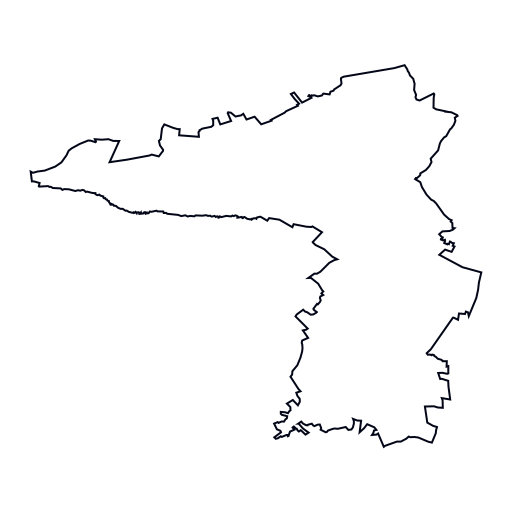 Sarmasag, Salaj, Romania
{"feature_id": "2599482B62977732214106", "entity_name": "Sarmasag", "entity_type": "district", "adm_level": 2, "iso_a3": "ROU", "parent_name": "Romania", "parent_adm1": "Salaj", "projection": "robinson", "projection_center": [22.809, 47.327], "detail": "fine", "context": "isolated", "style": "outline", "palette": "ink", "viewbox_px": 512, "rotation_deg": 0, "n_neighbors": 0, "source": "geoboundaries", "source_scale": "gbopen_adm2", "svg_char_len": 6035}
<svg xmlns="http://www.w3.org/2000/svg" viewBox="0 0 512 512"><path d="M298.9,431.5L300.8,430.2L305.5,434.6L308.6,432.6L303.2,428.7L298.7,423.7L298.2,423.7L301.3,421.6L302.8,423.4L306.0,425.2L307.4,425.3L307.4,424.9L311.8,423.7L313.2,425.5L314.5,426.1L317.5,424.7L319.8,424.5L321.2,428.1L320.6,429.7L325.8,432.3L327.2,431.7L327.9,430.6L332.3,429.0L334.7,428.5L337.8,428.8L345.7,427.0L348.3,429.9L351.4,429.5L352.9,427.4L353.9,423.5L353.8,420.8L353.1,418.9L357.2,420.5L361.1,420.7L359.6,432.3L364.0,428.3L367.2,424.2L374.3,427.3L376.4,429.9L374.0,430.5L373.3,433.0L372.0,435.0L376.5,434.6L378.1,433.5L383.8,446.8L385.1,445.8L396.9,441.6L400.8,441.6L406.3,438.7L408.7,436.6L410.5,437.2L414.3,437.0L418.3,437.5L428.2,441.7L431.9,442.6L435.8,433.2L436.0,430.6L437.0,427.0L433.2,425.9L427.3,422.6L424.9,406.5L434.1,406.3L437.8,407.5L442.8,407.8L442.6,400.3L441.8,398.1L450.2,399.5L448.5,386.8L448.2,380.8L441.8,378.8L440.2,379.0L438.2,373.0L442.3,372.8L447.2,373.8L448.3,373.4L448.3,366.1L446.6,366.6L446.8,361.2L442.6,361.2L442.5,360.6L441.1,359.7L437.7,358.7L435.7,356.7L434.4,356.1L434.0,355.1L432.2,354.6L431.6,355.2L430.3,354.6L427.7,354.7L426.7,353.2L430.8,349.3L452.9,317.7L453.8,317.7L458.0,319.8L459.0,313.5L465.0,314.0L465.9,311.6L468.0,312.4L468.8,316.1L476.3,298.0L478.1,289.7L478.9,282.7L481.3,272.4L462.4,267.2L439.3,254.8L445.1,249.6L451.6,251.9L454.5,246.5L452.7,245.8L453.8,243.2L452.0,242.9L450.5,241.7L449.9,241.5L448.9,244.2L447.4,243.8L447.2,244.3L444.2,243.0L445.1,241.0L444.9,239.8L443.0,240.4L440.9,239.5L441.0,239.0L442.2,238.8L442.8,237.4L441.6,236.9L439.2,234.2L442.4,231.4L449.5,231.0L452.7,229.8L454.5,228.2L452.5,227.9L452.3,223.0L450.7,221.6L451.6,220.2L449.1,219.1L444.1,214.6L436.3,203.6L433.8,201.0L431.1,199.6L426.5,194.6L421.9,187.0L420.3,182.2L415.1,179.1L415.9,178.0L416.9,178.1L419.5,175.9L420.2,175.1L420.3,173.4L425.9,170.0L429.3,166.2L431.5,162.1L430.7,158.7L438.1,150.4L439.9,143.4L441.2,140.9L444.2,137.3L446.2,136.2L450.0,129.4L451.3,128.4L453.9,124.7L455.4,120.8L454.8,117.7L457.6,115.9L457.3,115.2L451.4,112.3L445.8,111.7L446.0,111.4L436.1,109.3L433.5,107.7L433.7,97.6L434.3,94.3L433.7,93.5L419.6,100.5L416.5,99.5L415.5,97.2L416.1,94.9L414.1,90.0L414.6,83.8L413.2,78.7L410.0,75.5L408.9,72.5L407.8,71.2L407.3,69.4L404.6,65.2L394.3,68.1L343.6,76.7L341.2,77.9L340.9,78.7L341.5,83.5L340.6,85.2L334.2,89.4L333.5,90.7L330.5,91.7L329.6,94.4L323.3,93.6L321.9,95.5L317.8,96.4L314.3,95.3L312.2,95.7L311.8,95.3L310.2,96.1L309.3,95.1L308.7,95.3L308.4,96.2L310.9,96.8L311.5,97.8L302.1,102.6L294.1,92.5L290.9,94.0L294.7,99.0L299.1,103.7L297.1,104.8L297.9,105.8L286.1,111.2L284.6,112.7L270.9,119.9L271.5,120.7L261.2,124.3L254.6,116.7L246.5,119.5L243.3,113.8L241.0,115.4L235.5,116.5L230.9,112.7L228.1,112.3L227.7,113.2L231.1,121.0L220.3,124.4L217.6,117.7L212.5,118.9L213.2,120.7L213.2,125.2L211.3,126.8L202.4,128.6L199.5,130.3L199.6,130.9L198.5,132.2L198.9,136.8L179.1,135.3L179.7,129.1L177.5,129.1L173.0,127.8L164.3,124.4L162.0,128.4L160.7,139.2L158.9,140.9L160.0,145.5L163.1,149.8L163.0,150.9L158.8,156.4L151.7,154.6L149.5,155.5L126.8,159.7L109.6,162.2L119.2,141.0L113.2,140.9L108.4,139.2L101.7,139.7L94.9,139.2L96.0,141.6L95.5,142.2L90.8,140.7L88.2,140.5L79.8,143.9L71.7,148.3L68.6,150.8L66.5,155.3L61.4,162.4L55.2,166.6L44.7,170.6L37.7,171.5L32.9,172.8L30.7,171.6L31.9,181.4L33.9,181.4L39.6,183.0L38.8,186.3L39.2,186.6L48.1,186.1L49.4,186.9L50.9,186.8L52.8,188.0L60.7,188.4L62.4,189.9L64.1,189.1L68.9,189.3L75.3,191.0L78.2,190.2L80.1,190.7L82.6,189.9L84.0,190.3L85.8,192.0L87.1,191.6L92.5,193.0L95.3,193.1L95.2,193.8L96.5,194.8L97.6,195.2L99.3,194.6L100.3,195.6L103.3,196.4L103.3,197.4L103.8,198.1L105.2,198.1L105.7,199.2L106.9,199.5L107.3,200.5L108.9,201.1L108.8,201.8L109.7,203.1L111.2,203.8L110.3,204.2L110.5,204.7L113.3,204.7L113.9,205.7L115.9,205.9L118.1,207.8L120.8,208.9L122.7,208.8L125.4,210.7L126.7,210.6L128.7,211.8L132.4,212.8L133.6,212.3L133.9,213.0L134.7,212.8L135.6,211.9L136.7,213.3L137.0,212.5L138.3,212.2L139.3,212.7L139.2,213.8L139.6,213.9L140.9,212.4L141.1,213.7L143.2,213.5L143.8,212.5L145.0,212.1L145.5,212.3L145.0,212.7L145.5,213.7L146.8,212.8L146.9,213.4L148.6,213.2L149.8,211.5L151.4,211.8L156.5,210.7L157.6,211.4L163.3,211.5L163.7,213.0L166.1,212.9L167.3,213.8L178.1,214.9L181.3,216.1L185.3,215.3L187.8,216.5L190.0,215.9L194.4,216.3L195.6,215.4L202.3,215.7L206.1,215.2L208.0,215.9L210.0,215.7L211.7,216.6L214.6,215.9L215.8,217.0L217.1,216.3L218.1,216.6L218.4,217.7L219.4,217.4L219.9,216.4L221.5,217.1L226.1,215.9L231.2,216.4L232.4,215.6L233.7,216.1L235.3,215.4L236.9,215.8L237.5,216.5L237.4,217.3L238.1,217.0L238.2,217.6L241.6,216.9L242.4,218.1L242.9,218.1L243.3,217.3L244.5,217.0L247.2,218.8L250.1,219.4L251.6,218.9L251.8,219.5L253.3,218.4L255.5,218.2L256.4,218.8L257.1,217.4L260.4,216.7L267.3,220.7L269.1,218.1L279.4,219.7L292.4,227.2L293.6,224.2L306.4,226.7L311.4,227.0L312.4,226.4L322.0,232.2L312.7,242.1L313.0,242.6L315.5,245.0L324.3,249.3L332.2,256.6L337.2,259.3L334.3,260.1L329.3,262.8L320.4,271.7L317.0,273.7L314.3,273.7L308.3,278.0L310.9,277.9L318.2,283.7L322.3,290.5L323.3,291.4L321.4,293.4L323.2,295.0L320.3,296.5L319.9,298.0L320.7,300.3L319.9,302.0L317.8,304.4L317.0,303.9L313.4,308.8L313.8,309.8L316.8,312.1L316.2,312.7L313.4,314.4L310.7,314.7L307.3,312.3L305.1,311.6L303.2,309.7L296.7,314.5L295.5,316.4L307.7,328.6L306.1,329.7L302.9,330.4L308.1,337.9L302.2,340.5L301.7,342.7L302.3,344.7L302.5,348.4L302.1,351.7L300.4,357.8L297.3,365.3L292.4,371.2L292.1,374.6L290.5,376.7L298.3,388.8L300.5,391.3L296.3,392.7L297.4,395.9L299.7,398.8L299.8,401.8L297.9,405.3L292.8,400.0L286.9,403.6L290.3,407.0L290.5,410.3L289.1,411.4L288.0,413.2L285.2,412.3L280.8,411.9L280.8,413.7L281.8,414.8L287.2,416.2L286.8,418.4L285.4,419.4L284.0,421.6L281.6,421.5L278.5,422.9L277.7,422.1L274.1,423.6L276.9,429.3L280.4,430.8L281.0,432.3L274.3,437.3L275.8,438.8L277.8,438.3L280.8,436.3L281.8,436.9L286.5,435.0L287.6,435.0L287.9,436.2L288.5,436.0L290.0,431.6L294.3,429.7L292.6,427.5L293.9,426.5L295.8,428.5L296.7,428.7L297.6,430.4L298.9,431.5Z" fill="none" stroke="#020617" stroke-width="2"/></svg>